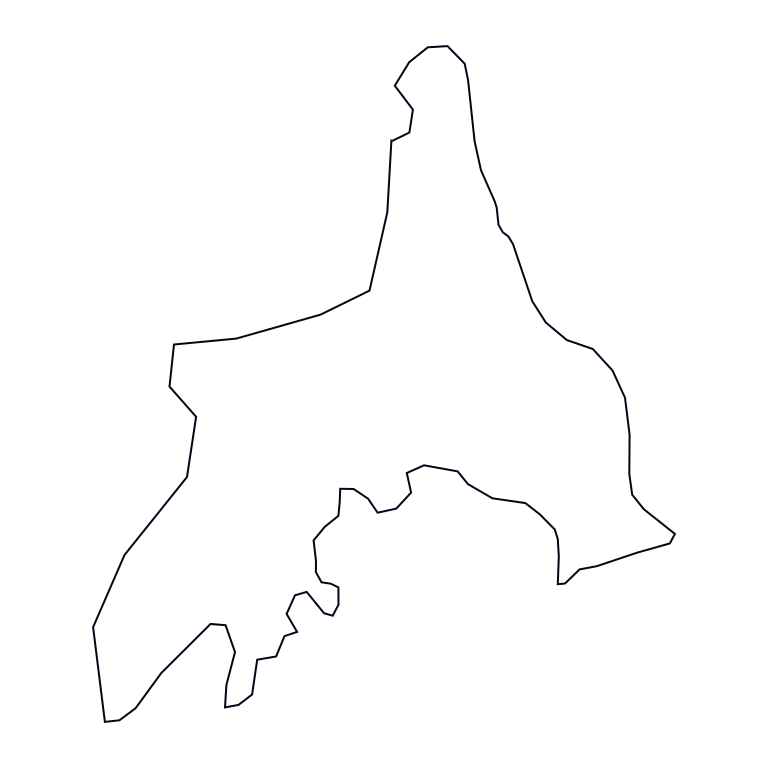 outline of Rasŏn
{"feature_id": "PRK-5495", "entity_name": "Rasŏn", "entity_type": "Province", "adm_level": 1, "iso_a3": "PRK", "parent_name": "North Korea", "parent_adm1": "", "projection": "orthographic", "projection_center": [130.457, 42.392], "detail": "fine", "context": "isolated", "style": "outline", "palette": "ink", "viewbox_px": 768, "rotation_deg": 0, "n_neighbors": 0, "source": "natural_earth", "source_scale": "10m", "svg_char_len": 1223}
<svg xmlns="http://www.w3.org/2000/svg" viewBox="0 0 768 768"><path d="M447.5,46.1L464.7,63.7L468.1,80.4L474.6,141.3L481.0,170.3L494.6,201.1L496.7,207.7L498.5,224.7L502.8,232.3L508.4,236.5L513.0,244.1L532.3,301.3L545.8,322.5L566.9,340.1L592.8,349.0L612.5,370.5L625.0,397.7L629.6,434.9L629.3,474.0L632.2,494.7L643.8,509.2L674.9,533.9L669.9,543.4L637.3,552.6L596.7,566.2L579.6,569.4L565.0,583.5L557.8,584.2L558.8,556.1L557.8,539.1L554.8,529.5L539.9,514.4L525.4,503.1L492.4,498.3L467.9,484.1L457.7,471.4L424.0,465.3L406.8,473.0L411.1,492.6L396.3,508.6L377.6,512.7L368.1,498.7L353.6,489.0L340.2,488.8L339.7,502.4L338.4,515.8L324.8,526.8L313.6,540.4L316.0,561.3L315.9,572.1L321.5,582.3L330.8,583.7L338.4,587.4L338.5,604.7L332.7,615.7L324.0,613.2L306.7,591.9L295.0,595.3L286.6,613.9L297.1,631.9L284.5,636.1L276.1,656.5L257.2,659.7L252.1,694.5L238.5,704.9L225.0,707.4L226.4,685.0L235.0,652.1L225.6,625.2L210.5,624.0L161.3,673.0L135.6,708.2L119.4,720.3L104.9,721.9L93.1,627.2L124.5,555.0L187.0,477.0L196.1,416.8L169.5,386.6L174.0,344.5L236.2,338.6L320.6,314.6L369.5,290.6L387.3,212.4L391.4,140.8L391.8,141.1L409.4,132.5L412.9,109.6L394.8,85.7L409.2,62.2L427.8,47.3L447.5,46.1Z" fill="none" stroke="#020617" stroke-width="2"/></svg>